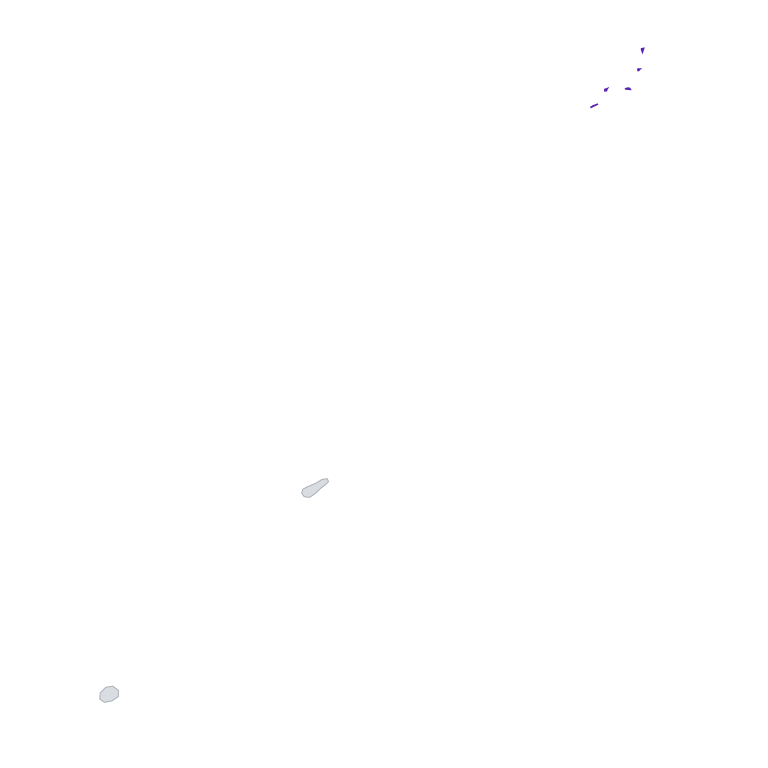 Noonu on a map of Maldives (Natural Earth projection), rotated 40°
{"feature_id": "MDV-5227", "entity_name": "Noonu", "entity_type": "Atoll", "adm_level": 1, "iso_a3": "MDV", "parent_name": "Maldives", "parent_adm1": "", "projection": "natural_earth1", "projection_center": [73.406, 5.842], "detail": "fine", "context": "in_parent", "style": "filled", "palette": "violet", "viewbox_px": 768, "rotation_deg": 40, "n_neighbors": 0, "source": "natural_earth", "source_scale": "10m", "svg_char_len": 908}
<svg xmlns="http://www.w3.org/2000/svg" viewBox="0 0 768 768"><g transform="rotate(40 384 384)"><path d="M399.9,518.7L395.3,521.6L391.0,520.5L389.5,516.8L391.6,511.5L395.3,504.5L397.8,497.1L401.4,493.0L404.2,494.4L403.9,498.6L402.6,504.4L401.8,511.8L399.9,518.7ZM374.4,807.6L368.7,808.1L365.1,802.8L365.9,795.1L370.4,789.8L377.4,789.4L381.4,794.2L379.3,801.7L374.4,807.6Z" fill="#d9dde1" stroke="#a8b0b8" stroke-width="1"/><path d="M367.2,-40.1L368.7,-36.3L366.4,-37.6L365.8,-38.4L367.2,-40.1ZM383.3,-0.0L379.0,3.0L378.9,3.1L380.4,0.7L381.5,-0.2L382.4,-0.3L383.3,-0.0ZM365.2,14.1L365.3,15.1L365.8,15.9L365.8,16.6L364.8,17.5L363.8,16.5L364.0,15.8L364.7,15.1L365.2,14.1ZM368.0,31.9L367.9,32.1L364.8,39.0L364.6,38.9L365.3,36.7L368.0,31.9ZM377.7,-21.9L377.6,-21.0L377.6,-20.3L377.6,-19.8L377.0,-19.4L376.1,-20.5L376.4,-21.0L377.1,-21.3L377.7,-21.9Z" fill="#8b5cf6" stroke="#5b21b6" stroke-width="1.5"/></g></svg>